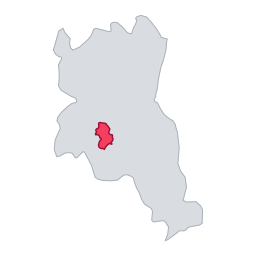 Trebnje on a map of Slovenia (orthographic projection), rotated 90°
{"feature_id": "SVN-999", "entity_name": "Trebnje", "entity_type": "Municipality", "adm_level": 1, "iso_a3": "SVN", "parent_name": "Slovenia", "parent_adm1": "", "projection": "orthographic", "projection_center": [15.067, 45.922], "detail": "fine", "context": "in_parent", "style": "filled", "palette": "rose", "viewbox_px": 256, "rotation_deg": 90, "n_neighbors": 0, "source": "natural_earth", "source_scale": "10m", "svg_char_len": 2673}
<svg xmlns="http://www.w3.org/2000/svg" viewBox="0 0 256 256"><g transform="rotate(90 128 128)"><path d="M240.6,90.8L234.3,88.3L226.6,87.4L225.2,88.8L222.2,90.2L220.6,92.8L222.0,102.6L220.2,104.3L211.5,103.5L208.6,104.6L204.0,111.6L199.1,114.5L193.0,116.6L188.5,119.2L182.7,121.4L177.8,122.7L175.9,125.7L174.7,129.0L175.1,132.2L180.1,138.5L180.8,145.3L180.4,153.5L179.2,157.9L177.3,160.9L164.9,164.7L152.1,171.5L151.8,173.1L157.7,179.1L157.9,180.6L153.1,184.0L152.6,187.4L153.2,191.4L155.8,195.5L156.7,199.2L149.6,201.8L140.0,200.9L128.6,195.8L124.7,196.5L120.8,199.1L116.9,198.0L112.5,194.8L106.4,188.2L103.5,184.2L102.3,179.9L100.6,179.3L98.1,180.5L95.9,185.7L90.2,195.0L86.0,197.5L79.6,196.9L70.8,196.9L65.2,197.6L58.5,194.3L56.9,194.9L56.8,197.0L54.3,200.4L50.1,202.6L30.9,197.2L28.3,193.0L32.6,191.1L38.7,185.8L42.8,186.5L47.8,185.4L50.1,183.2L47.0,176.3L39.2,167.7L35.0,164.5L29.2,162.3L28.3,160.0L31.7,146.8L30.8,144.9L24.2,145.4L22.7,143.9L22.2,141.6L22.7,138.5L27.2,133.4L32.3,128.9L33.6,126.4L33.5,124.4L27.2,122.2L23.4,120.1L20.4,119.3L18.3,120.4L16.8,119.1L15.4,115.2L17.0,109.4L22.8,104.2L29.0,99.5L34.3,96.1L37.4,94.7L39.0,88.8L42.1,89.4L48.4,89.8L55.3,91.3L61.8,93.1L67.5,95.2L79.5,97.6L90.4,99.0L93.7,100.3L96.4,100.2L99.7,102.0L101.7,100.7L103.1,98.3L109.1,95.4L114.6,91.7L118.5,87.0L120.6,83.3L124.4,80.7L128.4,79.9L132.1,78.6L147.6,76.8L163.4,78.1L171.0,75.5L177.2,70.9L186.3,69.6L186.8,69.5L200.4,72.9L201.4,70.8L202.0,69.9L201.7,60.0L205.9,55.4L209.8,53.4L223.4,53.9L225.2,56.9L226.0,61.6L227.3,67.9L229.6,69.6L230.9,72.1L230.7,76.5L233.4,79.7L239.8,88.5L240.6,90.8Z" fill="#d9dde1" stroke="#a8b0b8" stroke-width="1"/><path d="M142.5,156.9L141.3,156.4L140.9,156.1L140.5,155.8L140.1,155.3L139.6,155.0L139.4,154.7L139.1,154.7L138.8,154.9L138.4,155.6L138.0,156.0L137.4,156.2L137.1,156.2L136.4,156.4L135.6,157.0L135.1,157.6L134.7,158.2L134.7,160.3L133.8,160.6L133.4,160.4L133.1,159.9L132.0,159.4L130.5,160.2L129.6,160.0L129.0,159.5L128.7,159.0L128.6,158.4L128.3,157.9L127.5,157.4L126.9,157.2L123.1,157.3L122.7,156.5L122.5,155.4L122.9,154.3L123.2,151.5L123.4,150.7L123.9,149.8L125.4,149.0L126.7,147.6L127.6,147.2L128.7,146.3L129.7,146.4L130.7,146.6L132.0,147.4L133.7,146.8L134.3,146.1L134.6,145.2L134.7,144.4L134.9,143.7L136.0,143.5L137.7,143.6L138.5,143.1L139.0,143.0L139.4,143.2L140.4,143.3L141.6,144.1L141.9,144.6L142.4,144.8L143.0,144.7L143.3,144.4L143.7,144.2L144.0,144.2L144.2,144.3L144.1,144.9L143.8,145.3L143.6,145.8L143.5,146.4L144.0,147.4L145.1,148.8L146.7,150.2L149.3,151.6L148.5,153.2L148.4,153.6L148.5,154.1L148.6,154.6L147.8,156.2L147.2,156.9L146.2,157.3L145.4,157.5L142.5,156.9Z" fill="#f43f5e" stroke="#9f1239" stroke-width="1.5"/></g></svg>